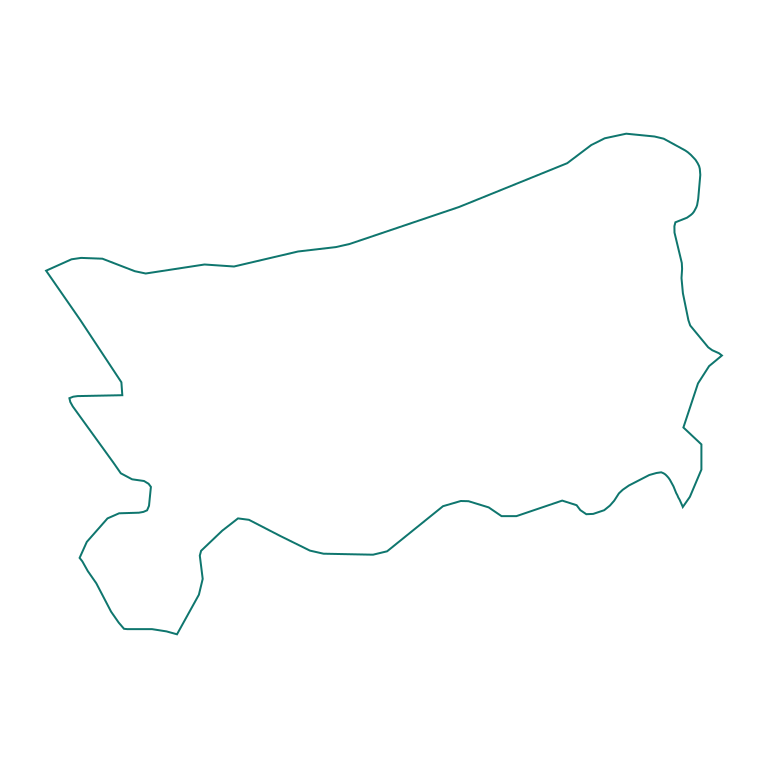 SVG path tracing the border of Zacapa
{"feature_id": "GTM-1963", "entity_name": "Zacapa", "entity_type": "Department", "adm_level": 1, "iso_a3": "GTM", "parent_name": "Guatemala", "parent_adm1": "", "projection": "mercator", "projection_center": [-89.448, 15.041], "detail": "fine", "context": "isolated", "style": "outline", "palette": "teal", "viewbox_px": 768, "rotation_deg": 0, "n_neighbors": 0, "source": "natural_earth", "source_scale": "10m", "svg_char_len": 1673}
<svg xmlns="http://www.w3.org/2000/svg" viewBox="0 0 768 768"><path d="M721.9,355.5L709.1,366.1L698.0,383.4L683.4,427.5L701.4,444.4L701.4,469.6L689.9,496.8L682.8,507.0L682.5,506.2L679.6,499.7L678.3,497.5L677.4,495.3L676.2,493.1L673.5,486.4L669.9,479.8L668.5,477.8L667.0,476.1L665.4,474.5L663.6,473.3L661.2,472.3L656.4,473.0L649.3,475.0L628.9,485.5L622.7,489.8L618.9,493.4L614.2,500.7L609.9,505.6L604.2,510.2L593.2,513.9L586.3,514.2L580.3,510.1L576.6,505.2L562.2,500.6L516.5,516.1L501.5,516.1L488.7,507.4L468.5,501.2L460.8,501.0L443.0,506.2L387.1,551.3L373.0,554.7L323.5,553.7L309.9,550.6L280.3,536.0L248.9,519.8L238.0,518.4L222.2,530.7L201.1,550.8L199.8,555.6L202.7,578.9L198.9,594.7L177.0,634.3L166.5,631.4L151.8,629.1L127.0,629.1L124.0,628.8L118.7,622.6L111.1,611.7L96.3,583.3L87.8,571.1L82.3,561.3L79.6,557.9L86.8,541.9L107.5,518.4L119.1,513.3L138.9,512.7L143.4,511.9L147.1,510.3L149.0,505.8L150.9,486.9L148.6,483.8L144.0,481.0L132.1,479.3L120.8,473.3L113.5,462.8L72.8,406.5L70.3,402.0L69.4,398.2L73.2,396.7L77.6,396.1L122.3,395.2L121.4,382.3L80.2,319.9L46.1,270.7L71.5,259.3L81.1,257.9L102.4,258.7L134.8,271.2L145.7,273.5L204.5,264.5L234.0,266.5L298.0,251.5L335.8,247.1L349.5,244.0L459.0,207.0L567.2,163.2L591.3,145.0L604.7,138.3L626.2,133.7L654.5,136.5L663.7,138.7L685.3,150.5L687.9,152.3L690.9,154.9L695.5,159.8L697.6,163.1L699.1,166.1L699.8,168.8L700.3,174.9L698.2,198.9L697.1,205.1L696.3,207.3L694.0,211.6L692.5,213.5L690.8,215.0L687.0,217.7L675.4,222.3L674.4,226.2L674.5,232.6L681.8,263.0L682.1,268.9L681.5,278.1L682.9,293.2L688.4,320.2L690.2,325.5L708.2,347.3L712.2,350.2L718.9,353.2L721.4,355.1L721.9,355.5Z" fill="none" stroke="#0f766e" stroke-width="2"/></svg>